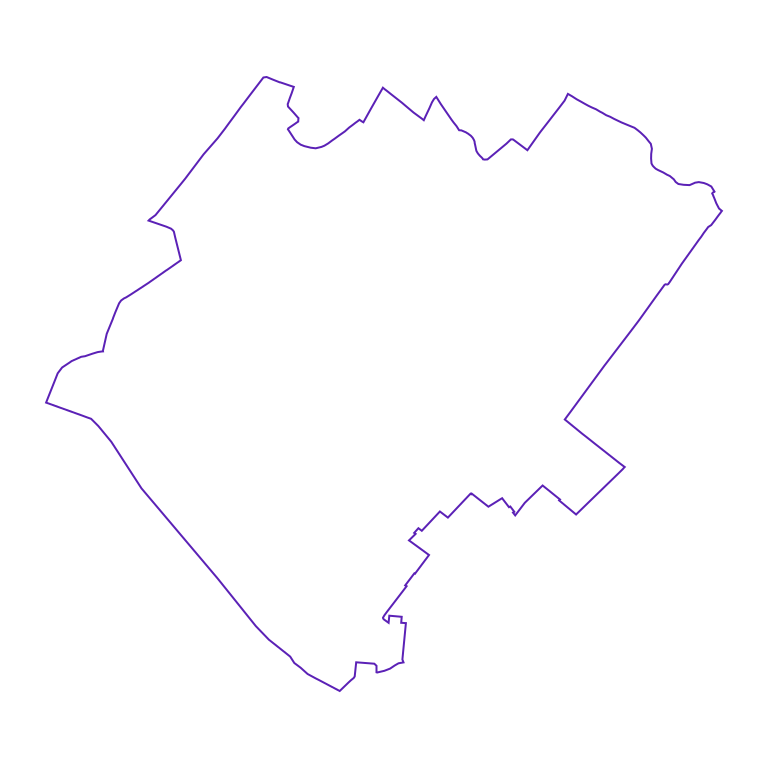 outline of 1 Decembrie, Giurgiu, Romania
{"feature_id": "2599482B3986064328518", "entity_name": "1 Decembrie", "entity_type": "district", "adm_level": 2, "iso_a3": "ROU", "parent_name": "Romania", "parent_adm1": "Giurgiu", "projection": "natural_earth1", "projection_center": [26.066, 44.294], "detail": "fine", "context": "isolated", "style": "outline", "palette": "violet", "viewbox_px": 768, "rotation_deg": 0, "n_neighbors": 0, "source": "geoboundaries", "source_scale": "gbopen_adm2", "svg_char_len": 4318}
<svg xmlns="http://www.w3.org/2000/svg" viewBox="0 0 768 768"><path d="M624.7,467.0L623.2,465.9L619.2,462.9L594.6,443.5L590.6,440.3L581.8,433.4L564.8,419.5L570.3,412.1L604.6,365.4L605.7,364.0L629.0,333.5L638.1,321.5L639.5,319.6L657.0,295.2L664.5,284.9L665.4,284.3L667.4,284.5L668.2,284.1L668.6,283.6L668.9,283.1L669.6,282.2L681.9,263.6L698.9,239.8L701.2,236.8L703.8,232.9L706.6,229.2L708.2,227.0L711.2,225.1L712.8,223.0L715.2,219.9L717.6,216.6L719.1,214.6L720.6,212.7L720.8,212.3L721.9,210.9L719.0,208.5L716.3,203.3L714.1,197.7L713.3,195.9L713.3,195.7L713.1,195.3L712.9,194.7L712.5,194.1L712.2,193.4L712.6,192.9L712.8,192.6L713.1,192.4L713.6,192.2L714.3,191.9L714.5,191.7L712.9,189.1L711.3,186.5L707.3,184.3L703.8,183.0L698.8,182.1L695.0,182.7L694.0,183.2L690.3,184.8L689.5,185.1L683.6,184.8L678.4,184.0L675.7,182.0L673.8,179.3L669.8,176.0L667.0,174.7L663.3,172.5L658.0,170.0L655.7,168.7L654.0,167.1L652.7,165.7L651.5,163.5L651.1,158.5L651.2,153.9L651.9,148.8L650.8,143.8L648.7,141.3L645.8,137.6L643.7,135.5L640.5,132.5L637.7,130.2L634.5,127.8L627.4,124.9L621.4,122.4L614.1,118.9L610.2,116.8L606.2,115.2L602.3,112.8L600.1,111.7L596.1,109.3L591.7,107.4L588.4,105.8L584.4,103.6L580.9,101.6L576.7,99.3L571.9,96.2L567.9,93.9L564.6,100.6L558.8,108.2L552.9,115.8L548.5,121.5L540.7,131.5L539.3,133.4L527.4,150.2L514.2,140.3L512.9,139.4L510.9,139.4L506.5,143.6L487.5,159.4L484.7,159.6L483.0,159.3L482.6,158.5L481.5,157.3L480.2,156.1L479.2,155.0L478.6,154.3L477.8,153.3L477.5,152.8L477.2,152.3L476.4,150.9L476.1,149.6L475.0,144.3L474.7,143.1L474.6,141.8L474.5,141.4L474.4,141.2L474.1,140.3L473.0,138.3L472.6,137.7L471.1,136.0L470.8,135.7L469.3,134.6L468.0,133.6L467.1,133.1L465.7,132.2L464.9,131.9L462.6,130.9L461.9,130.6L461.1,130.3L460.6,130.3L460.1,130.3L459.1,130.2L456.5,126.1L453.6,122.5L451.6,119.8L445.0,110.2L440.9,104.2L436.3,96.9L434.0,99.0L432.0,102.3L429.4,108.2L425.6,116.2L423.8,120.2L422.2,118.9L413.5,112.5L405.9,106.1L401.9,102.7L390.8,94.0L386.8,90.8L384.8,89.3L382.9,87.7L382.0,89.3L378.5,95.4L371.0,108.6L363.6,121.9L363.4,122.3L362.6,121.9L360.8,120.7L359.5,119.8L357.4,121.4L355.3,122.9L353.0,124.7L349.1,127.6L344.9,131.4L338.9,135.6L334.4,138.9L332.2,140.4L328.2,143.4L324.4,145.7L321.5,146.9L318.6,147.6L315.7,148.3L310.7,147.7L304.3,146.1L301.3,144.9L300.9,144.8L297.1,142.2L294.6,139.5L292.6,136.4L288.7,130.4L287.9,129.3L288.3,128.4L290.0,127.2L294.7,124.0L297.1,122.3L298.2,121.6L298.3,119.8L298.5,118.1L297.7,117.3L295.6,114.9L293.5,112.5L291.3,110.1L289.9,108.6L288.5,107.1L288.0,106.5L287.7,104.1L288.0,103.4L289.9,97.9L291.7,93.1L293.4,88.1L293.7,87.2L293.8,86.9L289.9,85.6L284.6,83.8L282.2,83.0L280.1,82.3L279.6,82.3L278.9,82.0L273.1,79.7L266.6,77.0L263.4,77.5L250.4,94.5L243.2,104.0L241.0,106.8L234.8,115.3L229.1,123.0L225.6,127.8L225.2,128.4L217.5,138.4L203.6,154.3L185.1,178.8L180.9,184.0L155.5,215.1L149.6,219.5L148.6,220.6L166.4,226.7L171.1,228.7L173.0,230.4L173.9,231.7L174.6,234.8L175.2,237.4L180.9,260.2L166.6,270.2L166.2,270.4L149.6,282.1L148.8,282.7L132.9,293.1L130.3,294.8L126.1,297.4L124.0,298.4L121.1,300.5L119.1,303.3L115.4,312.1L113.1,318.0L113.0,318.5L106.7,333.9L106.6,334.4L102.9,350.9L103.0,351.4L101.6,351.5L98.2,352.0L97.3,352.2L92.4,353.7L86.5,355.7L85.1,356.2L83.1,356.5L81.2,356.8L71.6,361.1L69.8,362.4L62.1,367.5L57.7,373.3L54.4,381.7L47.6,398.8L46.1,402.6L59.7,407.5L82.0,415.5L87.1,417.4L91.1,418.8L98.3,426.0L111.3,441.8L141.5,488.4L156.3,505.9L217.4,578.2L219.9,581.3L255.9,626.2L268.9,639.7L290.2,656.6L294.3,663.0L300.6,667.7L307.6,674.0L315.9,678.5L318.5,679.8L331.0,686.4L339.7,691.0L348.4,682.6L351.0,680.2L353.7,678.0L354.7,676.5L356.2,662.3L374.3,663.7L376.5,665.8L376.5,672.3L377.2,672.5L384.4,670.8L390.1,668.6L394.7,665.5L398.5,663.3L403.5,662.4L402.4,659.5L405.9,623.1L401.2,622.8L401.7,616.8L389.3,615.7L388.6,622.8L384.0,619.5L383.2,618.6L383.0,617.7L384.4,615.3L386.9,611.9L396.8,599.0L406.6,586.2L405.2,585.4L414.4,573.3L415.0,573.7L429.0,555.0L409.0,540.4L415.6,533.9L414.2,532.9L418.4,528.2L421.8,530.8L439.9,511.5L447.9,517.6L470.5,493.7L471.2,494.2L471.7,493.6L488.4,506.7L502.1,498.2L509.0,507.2L510.3,506.5L514.3,511.8L513.0,512.6L515.2,515.4L524.8,502.8L542.6,485.5L560.0,499.5L559.1,500.4L576.1,514.5L577.3,513.3L579.7,511.0L590.8,500.2L617.6,474.2L622.8,469.1L624.0,467.7L624.7,467.0Z" fill="none" stroke="#5b21b6" stroke-width="2"/></svg>